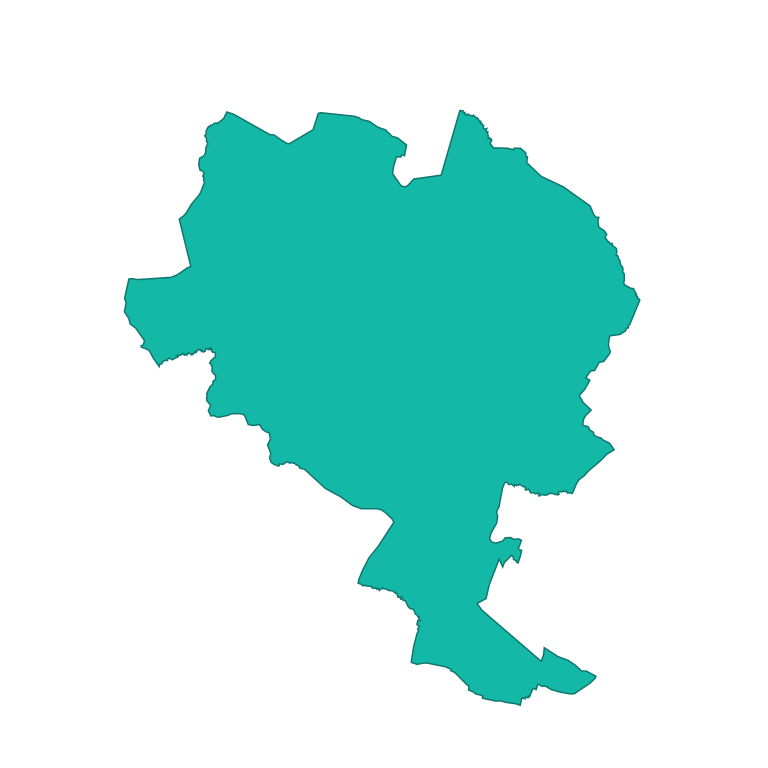 Nang Rong, Buri Ram, Thailand (Mercator projection), rotated 103°
{"feature_id": "78962969B52670203653904", "entity_name": "Nang Rong", "entity_type": "district", "adm_level": 2, "iso_a3": "THA", "parent_name": "Thailand", "parent_adm1": "Buri Ram", "projection": "mercator", "projection_center": [102.757, 14.628], "detail": "fine", "context": "isolated", "style": "filled", "palette": "teal", "viewbox_px": 768, "rotation_deg": 103, "n_neighbors": 0, "source": "geoboundaries", "source_scale": "gbopen_adm2", "svg_char_len": 6171}
<svg xmlns="http://www.w3.org/2000/svg" viewBox="0 0 768 768"><g transform="rotate(103 384 384)"><path d="M649.1,294.8L649.7,288.6L647.1,283.0L646.2,279.3L645.7,260.3L647.0,254.5L648.3,254.4L649.1,250.2L658.6,235.3L658.7,233.5L663.1,232.8L664.1,227.2L665.3,225.4L665.6,217.8L668.0,217.3L667.8,203.8L666.5,199.3L666.8,193.3L665.9,183.5L666.4,179.0L658.9,179.1L659.1,175.8L657.3,176.0L657.4,173.1L655.4,173.3L656.0,171.8L646.9,170.4L647.6,167.0L641.7,166.6L643.0,162.3L642.1,158.6L644.1,152.4L644.6,143.4L644.1,132.9L642.9,128.8L629.1,115.9L623.1,112.1L621.1,111.8L618.2,122.2L619.2,126.9L615.0,134.3L611.9,142.4L610.5,153.1L604.9,168.5L611.8,167.6L618.9,168.4L582.4,237.7L576.9,244.0L570.2,236.3L555.9,236.3L528.7,232.4L535.5,227.2L531.0,226.6L522.3,221.3L523.9,218.7L525.8,218.4L526.6,214.8L527.9,214.8L528.1,213.1L520.7,212.4L515.1,212.5L515.0,214.9L514.0,216.1L505.5,214.9L504.9,216.7L504.7,218.3L506.2,222.5L505.1,226.0L506.6,231.3L510.3,233.0L514.0,239.4L513.6,243.6L510.8,246.5L504.7,246.1L494.1,242.9L486.9,243.6L484.6,245.2L482.2,245.4L477.7,244.3L458.7,245.1L452.9,244.2L452.0,242.1L453.9,239.5L452.8,237.5L454.4,234.0L452.6,234.0L453.1,232.1L452.2,231.2L452.3,230.0L451.1,229.3L452.7,225.3L452.4,223.2L455.5,222.3L454.0,219.2L457.0,216.7L456.4,213.3L457.0,212.1L456.5,210.4L455.6,209.9L455.6,208.4L457.8,208.3L458.3,207.6L456.3,205.7L456.2,202.7L455.2,199.8L453.5,198.4L452.6,194.2L453.2,193.0L452.8,189.2L451.8,188.6L451.5,189.8L450.8,190.0L449.3,188.8L449.1,186.3L447.6,185.5L448.3,183.2L447.4,182.3L447.6,181.3L449.0,180.7L448.2,178.7L448.5,176.3L447.3,175.6L437.8,174.1L433.1,172.3L428.4,168.3L422.2,164.9L410.8,156.3L402.0,150.9L396.4,145.0L391.1,150.7L389.1,158.5L387.9,160.0L387.6,164.4L386.4,168.2L384.0,169.0L382.2,174.0L380.7,174.3L379.6,175.8L379.5,181.2L373.2,181.6L369.2,180.3L362.8,176.3L357.3,185.7L351.4,191.2L343.9,187.1L334.1,184.3L332.5,188.8L327.1,186.7L324.5,185.0L323.5,181.8L314.6,179.3L312.5,174.9L303.4,170.9L301.2,170.9L297.4,173.5L293.5,174.5L286.3,174.9L282.7,165.3L278.2,160.9L274.6,159.9L274.4,158.5L271.7,159.2L271.1,158.0L244.8,153.6L243.4,155.0L243.7,156.3L241.6,156.8L241.2,158.8L239.7,158.1L239.4,159.2L238.0,159.6L236.2,161.8L234.9,162.2L235.2,165.2L233.3,171.8L231.2,173.4L229.1,173.1L222.9,174.6L220.7,176.9L218.3,176.9L215.8,178.4L215.2,179.9L210.4,182.1L209.6,183.4L206.3,185.2L206.5,186.3L205.8,186.9L202.8,186.9L199.7,188.1L197.4,193.2L195.7,193.2L196.3,195.5L194.8,196.8L194.8,197.9L192.8,199.9L192.9,200.7L191.4,201.4L187.8,200.7L185.1,203.9L182.9,210.0L176.9,212.3L173.3,212.2L173.9,214.8L171.7,217.8L164.2,223.2L151.6,253.6L146.4,277.4L136.3,294.7L130.4,295.3L130.4,296.8L126.8,298.0L123.6,304.0L125.0,310.3L126.6,310.5L126.5,316.8L129.3,330.6L125.6,334.8L122.7,333.8L121.3,334.4L121.6,335.2L120.3,336.4L121.2,337.3L120.9,338.0L118.5,338.3L116.4,339.8L115.0,339.5L115.0,341.1L114.0,341.7L112.1,341.3L112.9,342.4L112.7,344.1L112.1,344.8L110.0,344.9L109.5,346.3L108.6,346.6L108.3,348.7L106.9,348.4L107.0,349.2L105.9,349.8L105.1,352.2L104.1,352.2L102.9,356.2L102.0,357.2L102.7,357.7L102.9,360.6L102.1,363.0L103.4,364.0L102.6,365.8L101.2,366.2L101.9,367.1L101.2,368.1L100.0,368.5L100.5,371.6L167.7,375.3L177.5,401.0L185.9,405.8L187.5,408.9L186.8,412.2L177.1,423.0L170.2,423.6L159.9,422.9L158.9,418.5L156.8,418.4L156.4,417.6L157.0,415.4L146.0,415.8L141.1,426.3L140.9,431.8L136.0,439.8L135.2,447.8L131.4,457.3L131.4,465.1L130.2,468.3L129.8,473.3L133.9,506.6L135.1,508.9L152.2,510.3L171.4,530.5L171.4,532.6L169.5,538.8L166.1,546.8L166.7,551.3L155.0,591.1L154.3,598.3L161.5,600.0L166.9,604.3L168.0,607.7L170.9,610.1L170.9,611.2L172.3,611.7L172.7,613.0L177.3,614.2L180.9,613.5L182.5,614.6L184.0,612.5L187.9,611.3L189.4,609.7L193.3,610.7L198.8,609.9L202.3,610.8L205.6,614.5L212.5,613.7L217.1,611.3L217.3,608.5L219.0,606.8L222.3,607.3L223.2,605.9L225.7,605.7L227.9,604.3L238.3,605.7L241.7,606.8L252.2,612.1L261.6,615.1L265.2,617.0L269.4,620.6L312.8,598.7L315.6,602.3L323.9,609.7L328.0,615.5L337.7,647.6L338.1,653.6L339.1,656.2L359.0,656.0L362.9,653.5L372.0,653.2L377.7,647.3L382.6,644.8L385.4,638.5L395.6,627.1L400.0,627.4L401.4,629.3L402.6,628.8L403.5,622.3L404.9,619.6L411.3,614.0L417.6,606.9L414.8,606.9L414.4,605.1L411.5,604.4L409.9,601.8L409.9,600.2L408.8,600.4L407.4,599.5L407.0,598.7L408.1,596.1L403.7,590.6L403.0,590.5L402.7,591.8L401.3,588.0L399.6,586.9L400.8,584.9L399.5,584.2L400.3,582.7L397.5,581.5L398.9,577.8L397.8,577.8L397.7,576.5L396.5,576.3L396.1,575.2L394.9,575.3L395.2,574.2L394.1,574.4L393.8,573.4L392.3,572.9L391.7,571.0L392.6,570.6L392.3,569.6L393.3,569.2L392.4,568.6L393.5,567.1L392.1,565.5L390.0,565.6L389.3,564.4L389.8,563.4L389.1,563.1L389.9,562.2L387.7,561.0L388.0,560.1L389.5,560.5L390.4,558.5L391.1,558.9L391.7,557.9L391.2,555.2L395.6,554.6L400.2,557.9L403.1,558.5L403.3,557.1L404.8,556.3L404.8,555.5L410.3,554.5L412.7,551.8L413.2,550.2L417.4,549.1L419.9,551.2L422.7,550.8L426.1,553.0L433.4,554.6L434.9,553.6L436.9,553.9L440.3,552.7L443.6,548.1L449.6,549.1L454.1,545.5L453.0,542.7L453.8,539.4L453.4,537.2L449.6,528.8L447.4,526.2L445.3,517.8L445.2,514.1L447.2,511.8L454.0,507.1L453.9,502.3L451.5,496.0L455.4,492.4L457.2,487.9L457.4,484.9L463.2,482.3L469.6,483.7L477.0,478.8L482.1,478.7L485.7,476.3L487.4,472.3L486.9,471.1L487.9,468.9L487.2,467.7L485.3,467.7L484.9,464.0L481.5,461.3L482.3,457.6L481.3,457.0L481.6,452.6L482.7,451.2L482.1,450.2L485.0,446.8L484.9,442.4L499.0,417.5L503.6,400.9L509.5,387.2L510.6,378.1L507.1,362.7L507.2,358.3L509.0,353.7L513.8,345.6L516.5,343.3L543.9,353.3L556.6,359.5L570.0,362.9L579.8,364.5L583.9,364.4L584.3,360.7L585.4,359.7L584.6,358.8L585.0,357.1L584.2,356.6L584.7,355.0L584.0,350.3L585.3,350.0L585.4,347.8L584.5,346.4L585.6,344.8L584.5,344.1L586.2,342.0L584.4,341.2L583.8,339.4L582.7,339.1L583.5,338.0L583.2,335.6L584.2,333.2L583.6,328.9L584.7,327.1L584.4,325.9L585.4,325.6L585.5,324.0L588.3,322.7L587.8,321.9L588.6,321.5L588.5,319.9L587.5,319.2L589.8,319.2L588.8,317.6L590.4,317.0L590.4,314.5L595.7,310.1L596.9,308.0L597.1,304.3L601.0,301.8L601.6,299.9L603.4,298.3L603.0,297.4L605.0,297.2L606.3,295.5L606.9,297.9L610.9,297.8L612.3,295.1L615.4,296.0L616.9,294.9L619.9,295.7L634.2,296.0L649.1,294.8Z" fill="#14b8a6" stroke="#0f766e" stroke-width="1.5"/></g></svg>